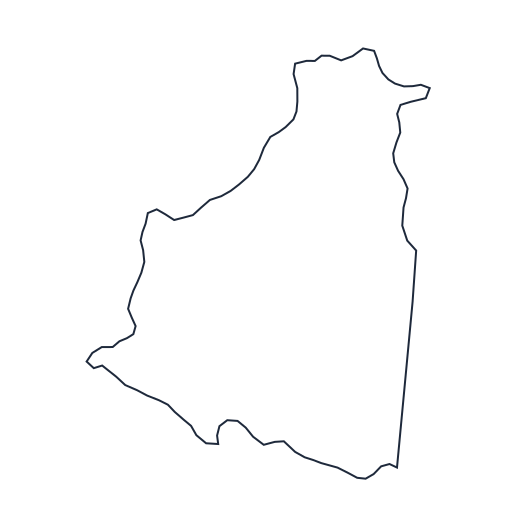 outline of São João do Manteninha, Minas Gerais, Brazil, rotated 274°
{"feature_id": "56859067B59814969540954", "entity_name": "São João do Manteninha", "entity_type": "district", "adm_level": 2, "iso_a3": "BRA", "parent_name": "Brazil", "parent_adm1": "Minas Gerais", "projection": "orthographic", "projection_center": [-41.155, -18.739], "detail": "fine", "context": "isolated", "style": "outline", "palette": "slate", "viewbox_px": 512, "rotation_deg": 274, "n_neighbors": 0, "source": "geoboundaries", "source_scale": "gbopen_adm2", "svg_char_len": 1540}
<svg xmlns="http://www.w3.org/2000/svg" viewBox="0 0 512 512"><g transform="rotate(274 256 256)"><path d="M54.8,411.4L221.2,415.4L244.8,415.4L272.6,415.4L281.9,405.8L296.5,399.8L306.9,399.8L314.7,399.8L324.1,401.6L333.9,402.5L342.9,397.8L350.9,391.8L359.1,387.4L368.0,385.7L379.1,388.2L389.2,391.3L399.3,389.6L407.6,386.9L416.8,389.6L420.6,399.5L425.3,414.4L435.6,417.6L438.3,408.5L436.4,400.7L435.5,391.8L437.7,382.6L441.4,375.7L447.4,369.4L454.2,365.5L461.6,362.8L468.9,359.5L470.5,348.3L462.1,338.4L457.1,327.3L460.9,315.6L460.4,307.4L454.7,301.1L454.2,292.8L450.6,281.6L440.1,280.8L426.3,285.5L412.9,286.5L403.0,286.3L394.9,283.8L386.7,276.6L381.2,270.1L375.8,262.0L364.5,256.3L352.1,252.5L342.5,248.1L334.4,242.3L326.1,234.0L319.2,226.2L313.2,217.1L308.7,206.1L300.5,197.9L292.4,190.2L289.1,180.6L286.2,171.8L291.3,162.6L295.6,153.7L291.3,145.1L280.5,143.6L272.1,141.1L263.5,139.8L253.9,143.0L242.3,145.0L231.3,142.8L221.7,139.5L212.9,136.1L205.0,133.9L194.4,132.1L185.8,136.4L177.7,140.8L169.5,139.1L165.0,132.9L161.4,125.7L155.2,119.4L154.4,108.5L147.9,99.5L138.9,94.4L132.8,102.0L136.0,110.2L131.3,117.0L125.9,124.9L118.1,134.6L113.8,146.8L109.2,157.1L105.3,169.4L101.5,178.5L94.7,185.9L87.7,195.2L82.0,203.1L73.1,209.0L65.7,219.3L65.8,231.4L74.2,229.7L83.7,231.4L90.2,238.8L90.2,249.1L84.1,257.7L75.5,265.7L68.2,276.9L71.9,287.7L73.1,296.7L63.3,308.7L58.6,318.6L56.5,327.2L54.0,335.4L50.6,352.1L45.9,363.3L41.8,372.4L41.5,380.9L46.7,388.6L54.9,395.5L57.8,403.7L54.8,411.4Z" fill="none" stroke="#1e293b" stroke-width="2"/></g></svg>